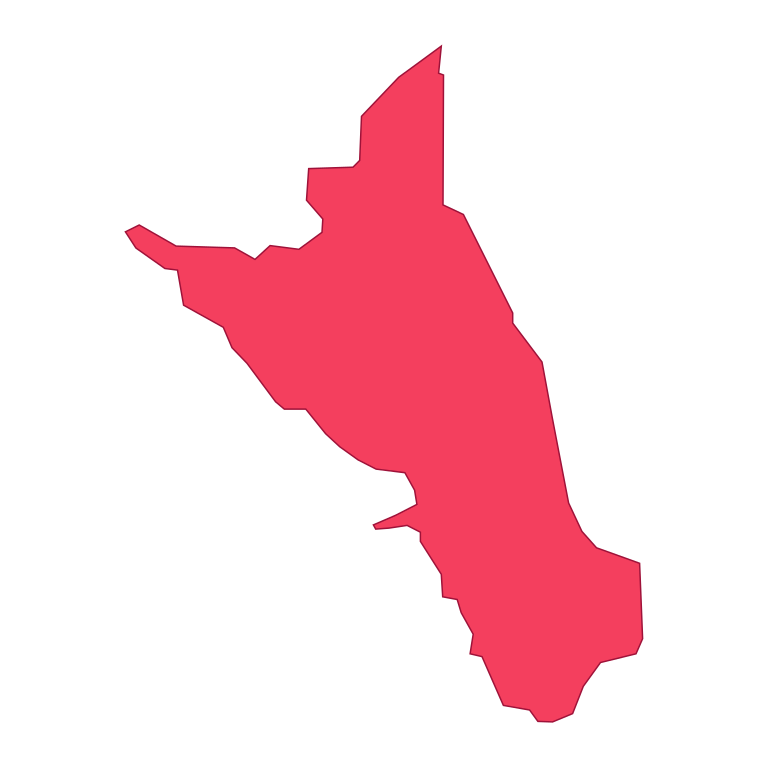 outline of Tillabéri, Tillabéri, Niger
{"feature_id": "23599985B45975933186230", "entity_name": "Tillabéri", "entity_type": "district", "adm_level": 2, "iso_a3": "NER", "parent_name": "Niger", "parent_adm1": "Tillabéri", "projection": "mercator", "projection_center": [1.394, 14.379], "detail": "fine", "context": "isolated", "style": "filled", "palette": "rose", "viewbox_px": 768, "rotation_deg": 0, "n_neighbors": 0, "source": "geoboundaries", "source_scale": "gbopen_adm2", "svg_char_len": 956}
<svg xmlns="http://www.w3.org/2000/svg" viewBox="0 0 768 768"><path d="M125.4,231.8L135.9,248.0L164.9,268.5L177.5,270.1L183.6,305.2L223.3,327.3L232.0,347.7L247.0,363.3L275.6,401.8L284.3,409.1L305.8,409.1L325.6,433.7L339.8,446.8L358.1,459.9L376.1,469.1L404.9,472.7L414.6,490.2L416.9,504.4L395.6,515.3L373.4,524.9L375.7,529.1L389.0,528.1L407.1,525.4L420.4,532.2L420.4,541.4L441.3,574.3L442.7,596.8L457.2,599.5L461.2,612.7L473.2,634.2L470.1,653.8L482.0,656.6L503.4,705.4L529.6,710.0L537.9,721.4L552.6,721.9L572.6,713.6L583.3,686.3L600.5,662.5L636.0,653.8L642.6,638.7L639.6,563.3L596.5,547.8L581.9,531.4L568.6,503.0L552.2,417.4L542.0,362.0L512.7,323.1L512.7,313.0L463.4,214.5L443.0,204.9L443.5,75.0L438.6,73.2L441.3,46.1L398.7,77.3L361.5,116.3L359.7,160.4L353.0,167.2L308.7,168.6L306.5,200.2L322.8,219.0L322.0,232.3L298.9,249.3L270.1,245.6L255.0,259.4L234.6,247.9L176.1,246.1L139.2,225.0L125.4,231.8Z" fill="#f43f5e" stroke="#9f1239" stroke-width="1.5"/></svg>